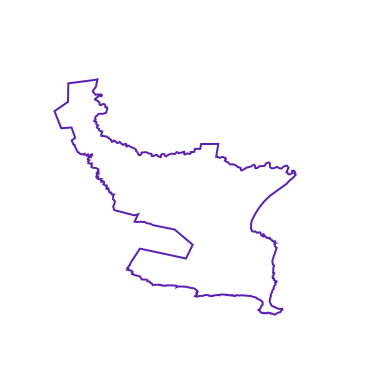 Bahía de Banderas, Nayarit, Mexico, rotated 251°
{"feature_id": "50627088B73050427186978", "entity_name": "Bahía de Banderas", "entity_type": "district", "adm_level": 2, "iso_a3": "MEX", "parent_name": "Mexico", "parent_adm1": "Nayarit", "projection": "equal_earth", "projection_center": [-105.326, 20.829], "detail": "fine", "context": "isolated", "style": "outline", "palette": "violet", "viewbox_px": 384, "rotation_deg": 251, "n_neighbors": 0, "source": "geoboundaries", "source_scale": "gbopen_adm2", "svg_char_len": 6039}
<svg xmlns="http://www.w3.org/2000/svg" viewBox="0 0 384 384"><g transform="rotate(251 192 192)"><path d="M270.9,130.0L272.1,129.5L274.2,125.6L274.4,124.6L275.7,124.8L278.3,126.8L280.0,124.6L280.6,124.3L282.0,124.6L282.9,123.6L284.3,123.2L284.6,123.2L285.5,124.9L287.3,123.6L289.4,124.4L290.0,123.9L290.4,122.7L290.8,122.6L291.5,123.2L292.1,124.5L293.2,124.4L294.6,125.3L295.1,127.1L296.2,128.9L295.7,131.3L294.9,133.0L294.9,136.6L298.6,139.2L299.7,139.1L300.1,137.9L300.5,137.7L302.4,138.2L303.6,137.7L304.2,136.4L303.8,134.2L304.2,133.3L305.2,133.1L306.3,133.6L308.2,133.0L311.0,130.4L311.5,130.7L313.0,134.8L313.0,136.7L312.1,137.2L312.4,138.1L313.2,138.3L314.0,137.6L314.1,136.3L314.9,134.8L315.4,132.4L318.8,131.1L319.6,131.1L320.4,131.8L323.0,135.6L329.4,139.3L329.8,135.6L335.0,110.4L317.6,104.1L313.2,88.3L294.9,89.1L292.2,99.1L281.3,99.2L279.9,95.0L275.3,95.4L275.0,96.2L274.5,96.4L273.3,96.1L266.6,97.0L266.1,98.0L264.2,98.8L263.5,100.1L263.5,100.9L262.8,101.6L263.1,102.9L262.3,102.8L261.2,104.2L261.4,105.6L260.2,105.0L259.8,106.7L260.0,107.8L259.7,107.8L260.3,109.6L260.1,109.8L259.3,109.4L257.8,107.6L258.2,106.3L257.8,104.9L257.1,104.1L255.5,105.2L254.9,103.7L253.0,104.0L252.8,103.6L252.0,104.8L251.7,106.5L250.5,106.4L249.4,105.4L248.3,105.0L247.2,106.2L246.0,108.9L244.4,110.6L243.4,110.9L243.1,110.3L242.2,109.7L241.4,110.1L241.4,108.9L241.0,108.0L240.6,108.0L240.1,109.1L239.6,109.4L239.3,107.8L238.4,107.1L237.8,106.7L237.8,107.3L237.2,108.3L236.5,107.9L236.7,107.0L235.8,106.8L235.4,107.7L234.8,107.6L233.6,110.4L233.2,109.5L232.1,109.7L231.7,110.4L231.1,109.9L231.1,111.4L230.1,112.1L228.7,111.5L228.2,110.7L226.3,112.2L226.0,113.4L225.3,113.4L224.5,112.8L223.8,113.1L223.5,112.4L222.9,112.1L222.2,113.3L222.6,113.4L222.4,114.1L218.4,113.8L217.8,115.4L216.0,115.3L215.3,116.7L215.2,116.1L214.6,116.6L211.0,115.0L208.4,116.1L206.0,114.8L205.2,113.8L203.7,112.7L200.1,112.7L188.7,129.9L188.5,133.8L182.6,128.0L181.3,130.8L181.0,132.6L178.9,137.8L177.6,138.6L175.4,142.3L173.1,144.7L162.2,163.3L141.9,175.5L131.1,164.6L155.4,124.3L146.1,112.3L144.0,109.9L143.1,109.4L143.2,109.1L141.1,106.2L140.9,106.9L140.3,106.9L139.4,105.6L137.3,109.1L136.2,109.7L135.6,108.9L134.2,109.5L133.7,108.7L132.7,110.3L132.2,110.4L132.0,110.0L132.0,110.5L131.4,111.9L129.2,115.2L125.6,116.1L124.4,119.5L123.3,121.1L122.0,120.8L121.0,122.9L119.6,123.1L118.6,124.2L116.7,124.6L116.3,127.0L114.9,131.0L114.6,131.0L114.1,132.8L112.6,134.1L112.7,135.0L111.8,137.1L112.0,137.5L109.7,144.1L108.2,147.1L107.7,147.2L107.1,146.6L107.2,148.0L105.0,154.0L103.6,156.9L103.0,157.4L100.4,162.2L99.3,163.3L96.4,165.0L95.9,165.0L95.5,164.4L95.2,163.3L94.3,163.6L93.6,163.3L93.0,162.6L93.0,161.6L92.5,160.9L91.5,162.3L91.1,166.1L90.5,167.4L90.2,169.4L90.5,169.9L89.8,172.6L89.3,173.1L88.7,174.6L88.1,174.7L87.5,175.7L87.4,176.9L86.9,177.2L86.8,177.8L87.2,178.5L86.0,183.8L85.3,184.5L85.7,185.3L85.3,187.3L84.3,189.7L83.3,190.6L83.7,191.2L83.6,191.6L83.2,191.7L82.7,192.6L82.3,192.5L82.6,192.7L82.5,193.6L81.4,194.9L81.7,195.4L81.4,196.5L81.1,196.5L80.7,196.9L80.7,197.5L79.8,198.1L79.6,198.8L80.0,199.2L80.0,199.7L79.5,201.7L79.0,202.3L78.0,205.7L74.6,213.5L71.2,218.3L70.3,219.0L69.6,219.1L67.3,221.7L64.8,222.9L62.4,222.1L61.9,220.6L61.0,220.3L60.2,219.1L59.4,218.6L58.8,216.4L57.4,217.5L56.6,217.4L55.3,218.4L55.0,219.0L54.4,219.2L54.4,220.7L53.6,221.2L53.7,222.3L52.9,223.4L53.2,224.1L53.0,224.9L52.1,226.5L51.3,226.7L51.4,227.4L51.0,228.0L49.0,230.5L49.9,233.6L49.6,236.3L50.8,237.8L51.2,239.2L52.2,239.2L53.1,236.5L54.1,234.8L58.7,230.2L63.0,229.7L66.4,231.5L67.6,232.6L69.0,232.9L71.1,234.9L73.2,236.4L73.9,237.8L74.8,238.0L76.6,239.5L77.3,241.0L79.4,241.2L79.4,241.9L79.9,241.7L80.2,242.7L82.2,240.9L83.7,241.3L84.1,240.4L86.1,240.8L86.4,241.7L88.3,243.2L88.6,242.4L89.5,242.4L89.8,243.0L91.0,243.1L94.4,244.5L95.6,245.6L96.2,245.1L97.0,245.3L97.7,244.8L101.2,245.8L111.6,253.9L112.2,253.3L114.6,252.7L115.8,253.4L116.4,253.3L116.7,253.6L116.6,254.3L117.3,253.7L118.0,254.3L118.1,253.5L118.7,253.5L118.7,252.9L119.7,252.1L120.1,252.2L120.3,251.6L121.2,251.4L122.4,250.3L123.3,250.6L124.1,248.0L127.1,246.3L128.9,245.9L129.1,244.7L128.8,245.8L127.8,246.1L127.6,245.5L127.4,246.1L126.9,246.2L126.7,245.0L127.1,244.3L128.5,243.6L128.8,244.1L128.7,243.5L129.1,243.3L130.8,243.5L131.7,243.2L132.3,240.2L134.2,238.9L134.5,237.1L135.3,236.2L137.9,235.8L143.0,237.7L145.6,239.4L150.6,244.5L154.3,249.0L159.2,256.4L163.1,264.6L169.0,284.3L170.4,286.6L173.3,293.6L174.6,295.7L176.0,295.7L175.7,295.1L176.3,294.9L176.9,295.4L178.3,295.7L179.3,294.6L179.3,293.4L177.3,293.1L176.8,290.5L177.3,289.1L178.6,288.3L179.5,288.6L180.2,287.9L183.5,291.2L185.7,290.5L186.2,289.9L186.2,286.7L185.0,284.3L186.1,282.2L188.0,280.8L187.9,277.5L188.3,275.4L189.3,274.3L190.3,273.9L194.1,274.9L194.9,274.4L195.1,272.1L194.5,270.7L193.6,270.0L193.1,268.7L194.4,264.2L193.4,261.3L193.9,259.7L196.6,260.1L197.7,259.0L196.9,255.9L197.3,251.7L196.6,249.0L196.2,246.0L196.8,245.4L199.0,245.8L200.8,243.3L202.2,242.7L204.6,240.2L205.8,236.8L208.7,235.4L210.2,233.7L211.2,233.3L212.4,235.0L213.0,234.9L214.9,232.9L215.3,231.7L215.3,229.3L216.6,227.9L217.3,226.3L228.9,232.5L234.4,216.2L230.1,213.8L231.8,208.8L229.2,207.2L230.1,203.8L229.4,203.8L228.6,202.4L230.0,200.1L229.7,197.9L229.9,197.3L230.7,197.0L232.0,197.8L232.7,197.7L232.6,194.9L232.9,194.1L233.0,192.2L234.7,190.7L234.6,190.1L233.6,188.6L233.7,187.5L234.6,186.2L234.9,184.9L234.9,181.9L234.1,179.1L234.9,178.3L236.6,178.2L237.7,176.2L236.9,174.6L235.4,174.2L235.2,173.4L237.5,171.1L238.2,171.1L239.0,170.4L238.5,167.0L238.9,165.8L239.8,165.6L240.7,166.2L241.3,165.9L242.7,163.6L244.7,161.4L245.7,157.2L244.0,156.0L243.8,155.0L244.4,153.7L248.2,153.1L249.1,152.4L250.1,152.8L252.2,151.5L254.7,148.6L256.5,147.3L256.7,146.7L256.2,145.5L256.5,144.7L257.3,144.7L258.5,145.4L259.1,145.0L259.3,144.0L259.0,142.1L262.2,140.1L262.7,140.1L263.0,139.7L262.5,138.6L262.7,137.1L265.6,135.6L266.2,134.8L265.3,133.4L265.6,132.5L268.2,132.2L269.9,130.8L270.5,130.9L270.9,130.0Z" fill="none" stroke="#5b21b6" stroke-width="2"/></g></svg>